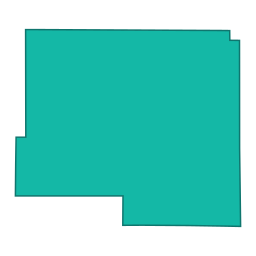 the district of Prentiss, Mississippi, United States of America
{"feature_id": "52423323B17129375246846", "entity_name": "Prentiss", "entity_type": "district", "adm_level": 2, "iso_a3": "USA", "parent_name": "United States of America", "parent_adm1": "Mississippi", "projection": "albers", "projection_center": [-88.507, 34.61], "detail": "fine", "context": "isolated", "style": "filled", "palette": "teal", "viewbox_px": 256, "rotation_deg": 0, "n_neighbors": 0, "source": "geoboundaries", "source_scale": "gbopen_adm2", "svg_char_len": 335}
<svg xmlns="http://www.w3.org/2000/svg" viewBox="0 0 256 256"><path d="M220.3,30.5L35.3,29.6L25.6,29.6L25.8,137.2L16.1,137.2L15.7,164.0L15.4,195.9L123.0,195.9L122.8,225.3L142.3,225.2L188.1,225.5L225.6,226.1L240.6,226.4L239.6,148.0L239.5,40.4L229.8,40.3L229.7,30.6L220.3,30.5Z" fill="#14b8a6" stroke="#0f766e" stroke-width="1.5"/></svg>